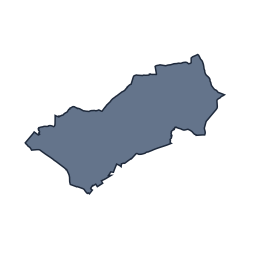 Ciprian Porumbescu, Suceava, Romania, rotated 161°
{"feature_id": "2599482B10276215213878", "entity_name": "Ciprian Porumbescu", "entity_type": "district", "adm_level": 2, "iso_a3": "ROU", "parent_name": "Romania", "parent_adm1": "Suceava", "projection": "mercator", "projection_center": [26.075, 47.579], "detail": "fine", "context": "isolated", "style": "filled", "palette": "slate", "viewbox_px": 256, "rotation_deg": 161, "n_neighbors": 0, "source": "geoboundaries", "source_scale": "gbopen_adm2", "svg_char_len": 5744}
<svg xmlns="http://www.w3.org/2000/svg" viewBox="0 0 256 256"><g transform="rotate(161 128 128)"><path d="M81.3,177.7L82.3,177.4L83.5,169.8L83.7,169.4L84.5,169.6L84.7,169.8L87.8,170.8L89.1,171.4L89.6,171.6L89.5,171.8L90.2,172.0L90.4,171.5L90.8,171.4L91.4,171.3L93.5,171.9L94.4,172.2L95.8,172.8L96.1,172.9L96.8,172.9L97.2,172.9L102.0,174.9L102.6,175.3L102.9,175.4L105.1,175.4L105.6,175.2L106.0,174.9L106.8,173.9L109.7,169.9L110.8,168.4L111.1,168.5L111.4,168.4L112.0,168.3L112.8,168.1L115.6,166.9L115.5,166.5L116.5,166.1L116.9,165.9L117.3,165.6L117.8,165.4L118.1,165.2L118.7,164.7L120.6,164.2L121.0,164.2L122.0,164.1L123.4,163.6L125.9,162.8L127.6,162.2L128.3,162.0L128.8,161.9L129.4,161.8L130.8,161.2L131.0,161.2L133.0,160.6L134.6,159.8L134.9,159.6L135.5,159.2L136.0,158.8L137.2,158.2L138.8,157.5L139.5,157.1L140.1,156.8L140.6,156.7L142.7,155.1L142.8,155.2L144.5,154.1L145.2,153.6L146.1,153.0L146.9,152.4L147.1,152.4L147.4,152.4L148.2,153.1L148.4,153.3L148.8,153.7L149.2,154.0L149.4,154.3L149.5,154.4L149.8,154.6L150.1,154.6L150.9,154.5L151.9,154.6L152.7,154.7L153.4,155.1L154.0,155.5L154.9,155.8L155.5,155.8L156.2,156.2L156.8,156.3L157.3,156.4L158.2,156.5L159.5,156.3L160.1,156.6L160.6,156.9L160.8,156.9L162.5,157.7L163.7,158.4L164.3,158.6L164.8,159.0L165.5,159.7L165.8,160.2L166.5,160.8L167.3,161.8L167.8,162.2L168.7,162.8L169.0,162.8L169.4,162.8L169.6,163.0L169.6,163.4L169.8,163.6L170.0,163.7L170.2,163.8L170.7,164.4L171.0,164.6L171.3,164.9L171.4,165.1L171.6,165.4L172.1,165.7L172.6,165.9L172.9,166.1L173.7,166.1L175.2,165.7L175.7,165.7L175.8,165.7L176.0,165.7L176.4,165.7L176.6,165.5L176.8,165.2L177.0,164.8L177.6,164.9L177.9,164.9L178.2,164.7L178.7,164.2L179.0,164.0L180.1,163.1L180.7,162.9L181.6,162.7L182.6,162.6L183.0,162.4L183.5,162.3L183.9,162.2L184.2,162.0L184.6,161.7L184.8,161.6L185.3,161.5L185.6,161.4L186.0,161.5L186.3,161.4L186.7,161.6L187.4,161.4L187.8,161.4L188.4,161.5L188.7,161.5L189.0,161.5L189.3,161.7L189.4,161.3L189.3,161.1L189.8,161.0L190.2,161.4L190.6,161.6L191.0,162.0L191.3,162.1L191.6,162.2L191.7,162.5L192.0,162.7L192.2,162.9L192.4,162.9L192.5,163.3L192.8,163.6L193.4,161.8L195.4,156.3L196.2,154.5L196.7,154.0L197.1,153.7L197.4,153.5L197.9,153.5L198.1,153.6L199.1,154.6L199.7,155.0L200.5,155.5L201.1,155.7L201.4,155.8L201.9,155.9L202.4,155.9L202.6,155.8L202.9,155.6L203.2,155.7L203.6,155.8L204.0,155.8L204.7,156.1L205.2,156.3L205.9,156.6L206.6,156.8L207.1,156.9L207.7,156.9L208.5,156.9L209.0,157.0L210.0,157.2L211.1,157.2L211.8,157.3L211.9,157.0L212.1,156.9L212.3,156.9L212.5,156.9L212.6,157.0L212.7,156.9L212.8,156.8L212.9,156.6L213.1,156.5L213.2,156.3L213.1,156.1L212.9,155.8L212.9,155.7L213.3,154.9L213.1,154.5L212.9,154.4L212.8,154.0L212.8,153.8L212.8,153.5L213.0,153.2L213.3,152.8L213.2,152.7L213.3,152.4L213.7,152.6L213.9,152.4L214.1,152.2L214.0,151.9L214.0,151.6L213.7,150.8L213.7,150.7L213.9,150.7L214.1,150.7L214.4,150.8L214.6,150.9L214.9,150.6L215.1,150.6L218.0,154.8L219.3,153.8L230.0,147.4L229.7,146.5L229.6,146.1L229.3,145.7L229.0,145.2L228.9,144.7L228.7,144.2L228.6,143.7L228.2,143.2L227.5,142.1L227.1,141.6L226.7,140.3L226.4,138.5L226.1,138.5L225.7,138.3L221.3,137.2L219.5,136.6L218.8,136.2L218.6,136.1L216.7,133.3L214.6,130.3L212.7,127.8L210.7,125.2L210.1,124.3L209.4,123.4L209.1,122.9L208.3,121.5L207.5,120.5L207.4,120.4L207.1,120.0L201.0,110.9L200.5,109.9L200.2,109.4L200.1,108.7L199.6,108.7L199.2,105.3L199.0,103.0L199.1,102.0L199.3,100.5L200.6,96.3L200.8,94.8L200.9,93.4L195.5,89.0L195.1,89.1L194.8,88.9L190.4,85.4L189.7,84.5L189.3,84.0L189.3,83.9L189.3,83.6L189.3,83.3L188.7,81.5L188.4,80.7L188.2,80.1L187.8,79.6L187.7,79.4L186.8,79.6L185.9,78.3L181.9,80.9L182.8,82.1L182.6,82.3L182.9,83.2L180.3,85.1L180.1,84.7L176.8,85.4L176.1,82.5L169.9,84.0L170.4,86.7L165.8,87.3L159.4,88.7L161.9,89.5L159.8,91.1L158.6,92.1L156.2,90.9L154.6,92.9L150.5,97.6L150.3,97.4L148.6,95.8L147.9,95.0L147.4,94.2L147.1,93.7L145.9,96.3L145.1,96.2L143.9,96.2L143.5,96.1L142.6,95.7L138.9,96.9L135.5,97.9L135.5,97.7L135.0,97.7L134.6,97.9L133.8,98.3L128.8,101.0L128.5,101.1L128.1,101.0L127.6,100.8L127.2,100.4L126.4,99.6L124.8,99.1L123.4,98.8L120.2,98.6L119.8,98.7L118.8,99.0L118.0,99.1L117.3,98.9L117.0,98.8L112.8,99.0L110.5,99.2L107.5,99.3L106.4,99.3L104.7,99.3L98.5,99.2L96.3,99.2L94.5,99.3L92.1,99.4L92.8,100.3L92.7,101.0L92.4,101.5L92.0,102.1L92.1,102.9L91.9,103.5L91.3,103.8L90.3,104.4L90.0,105.0L89.7,105.3L89.8,105.9L89.9,106.5L89.6,106.6L89.3,106.3L89.1,106.3L88.9,106.8L89.1,107.5L89.1,108.9L88.4,109.7L88.2,110.6L86.4,111.4L85.4,111.4L85.1,111.5L85.2,112.2L84.7,112.3L84.4,112.1L83.9,112.9L83.1,113.4L82.5,112.8L82.1,113.0L80.8,111.7L78.5,110.1L77.2,108.8L76.0,107.9L74.9,107.6L73.5,107.5L71.7,107.3L69.8,105.4L68.6,103.7L68.0,102.2L67.2,100.5L65.9,99.5L66.0,98.9L60.5,97.4L57.7,96.5L57.4,96.9L56.8,97.8L56.4,98.8L56.2,100.0L56.1,101.6L56.0,102.5L55.7,103.3L52.8,107.6L52.0,108.7L51.3,109.2L48.4,110.9L46.1,112.3L38.9,116.6L37.4,117.7L37.0,118.3L36.5,119.4L35.1,124.7L34.7,125.4L34.0,125.9L32.8,126.3L31.0,126.6L30.4,126.9L29.6,127.4L29.1,127.6L28.7,127.5L28.2,127.5L27.7,127.6L26.0,128.0L27.7,129.5L30.1,131.5L31.1,132.2L31.4,132.9L31.9,134.3L32.1,134.7L32.8,135.5L33.6,136.2L34.3,137.9L35.2,140.9L35.2,141.5L35.1,142.7L35.1,143.3L34.9,144.3L35.1,144.9L35.1,145.9L34.7,147.4L34.9,148.4L34.9,148.7L35.5,150.2L36.7,152.3L37.1,153.6L37.2,155.7L37.0,156.6L36.8,157.1L36.8,159.4L36.4,161.1L36.1,163.0L36.0,163.8L36.0,164.8L36.0,166.6L36.1,167.3L36.3,167.9L36.5,168.5L36.9,169.2L37.2,171.6L37.4,173.0L37.6,174.0L38.0,174.5L38.2,174.8L40.7,174.5L43.7,174.3L45.5,173.6L47.0,169.2L48.1,168.8L49.8,169.0L51.0,170.8L52.3,171.5L54.6,172.0L56.9,171.9L59.3,172.9L60.7,173.0L63.6,173.8L67.0,173.9L69.8,174.5L72.1,174.6L77.2,177.3L78.7,177.4L80.3,177.7L81.3,177.7Z" fill="#64748b" stroke="#1e293b" stroke-width="1.5"/></g></svg>